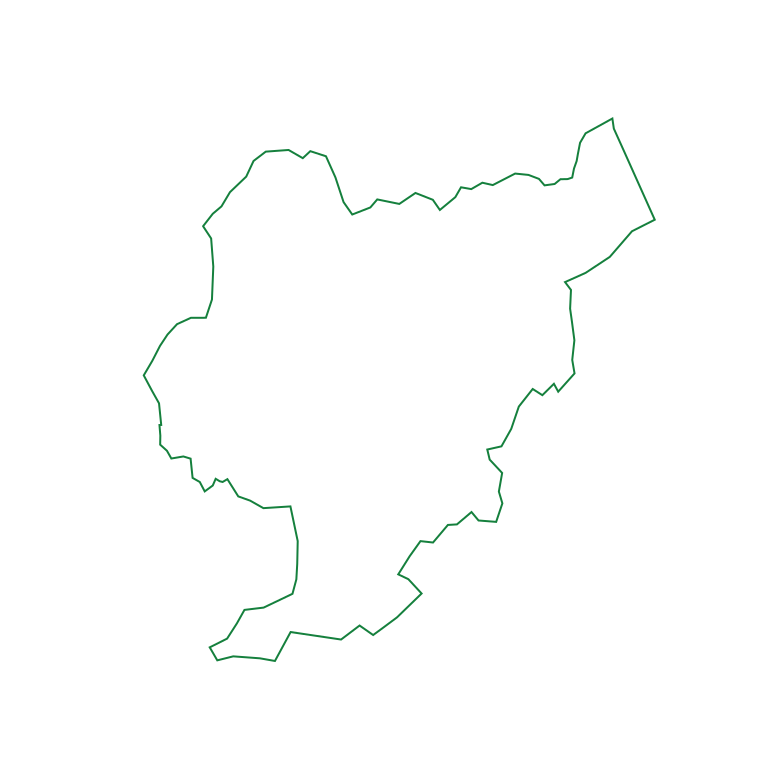 Agridia, Limassol, Cyprus (orthographic projection), rotated 10°
{"feature_id": "46923920B23740092074441", "entity_name": "Agridia", "entity_type": "district", "adm_level": 2, "iso_a3": "CYP", "parent_name": "Cyprus", "parent_adm1": "Limassol", "projection": "orthographic", "projection_center": [32.995, 34.928], "detail": "fine", "context": "isolated", "style": "outline", "palette": "green", "viewbox_px": 768, "rotation_deg": 10, "n_neighbors": 0, "source": "geoboundaries", "source_scale": "gbopen_adm2", "svg_char_len": 1734}
<svg xmlns="http://www.w3.org/2000/svg" viewBox="0 0 768 768"><g transform="rotate(10 384 384)"><path d="M562.8,82.9L539.0,102.1L535.2,112.4L535.0,123.6L535.0,131.0L533.7,138.8L533.5,148.0L529.3,150.3L522.2,151.7L517.3,157.4L507.6,160.5L501.0,155.1L490.0,153.0L476.6,154.0L456.6,169.2L445.9,168.7L436.1,176.9L425.7,176.9L421.8,187.6L408.8,202.9L400.1,194.1L381.8,190.4L367.8,204.0L345.3,203.4L339.9,212.5L323.3,222.6L312.6,211.9L300.3,189.0L287.3,169.8L271.0,167.5L264.8,175.7L249.4,170.1L227.2,175.7L216.8,187.0L212.3,203.7L199.0,221.8L193.1,237.3L185.8,246.1L178.5,259.9L178.5,260.1L188.5,270.7L195.5,298.0L199.9,330.7L197.1,349.7L182.4,352.3L169.8,361.0L162.2,372.9L156.8,385.3L151.8,401.4L145.9,417.2L156.8,431.1L165.8,442.1L171.7,463.0L170.0,463.4L172.7,473.7L174.1,482.6L181.8,487.4L187.5,494.3L199.0,490.2L206.5,491.1L211.8,509.7L219.6,512.5L226.1,520.9L233.0,513.7L234.7,506.6L239.1,508.3L242.1,508.5L246.3,504.9L260.0,520.0L272.4,522.1L286.8,527.2L313.1,520.8L326.3,553.7L329.8,576.3L331.6,591.6L330.3,606.5L304.3,625.1L285.8,630.7L280.7,645.3L273.7,662.0L258.1,673.6L259.8,675.6L267.8,685.1L282.8,678.4L309.4,675.7L324.7,675.7L335.1,644.5L386.1,643.1L401.9,626.1L416.9,633.1L425.8,623.8L437.3,611.6L448.8,595.7L457.4,583.8L441.9,572.0L431.1,569.0L439.2,549.1L447.2,532.4L459.8,531.6L471.4,511.7L480.2,509.6L492.4,494.9L500.8,502.0L518.4,500.3L521.3,481.0L515.8,470.0L515.8,451.1L501.2,440.1L497.1,430.6L510.5,425.0L517.1,406.1L520.7,382.8L531.3,363.1L541.9,367.5L551.3,354.3L556.9,361.3L569.8,340.5L565.2,327.6L563.9,307.9L558.3,290.1L554.2,277.5L551.8,258.9L544.6,252.2L563.3,239.5L584.3,219.6L601.7,190.5L612.1,182.7L622.1,175.2L579.1,111.8L566.0,92.6L562.8,82.9Z" fill="none" stroke="#15803d" stroke-width="2"/></g></svg>